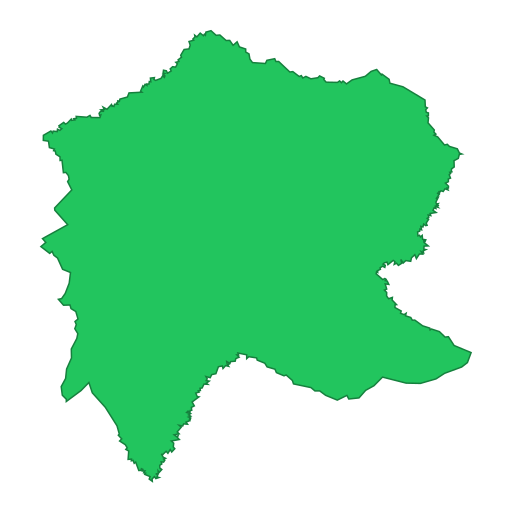 Federal, Entre Ríos, Argentina (Albers equal-area conic projection)
{"feature_id": "61730980B64393727529638", "entity_name": "Federal", "entity_type": "district", "adm_level": 2, "iso_a3": "ARG", "parent_name": "Argentina", "parent_adm1": "Entre Ríos", "projection": "albers", "projection_center": [-58.864, -31.028], "detail": "fine", "context": "isolated", "style": "filled", "palette": "green", "viewbox_px": 512, "rotation_deg": 0, "n_neighbors": 0, "source": "geoboundaries", "source_scale": "gbopen_adm2", "svg_char_len": 5959}
<svg xmlns="http://www.w3.org/2000/svg" viewBox="0 0 512 512"><path d="M461.8,154.0L459.4,153.0L457.3,148.8L449.4,146.4L447.3,144.3L444.5,145.0L437.7,136.9L434.0,135.2L435.9,134.1L433.9,132.1L434.3,130.0L428.0,122.8L428.5,117.8L426.7,116.0L428.4,115.7L428.4,112.9L426.3,112.3L425.7,109.7L427.4,107.9L425.3,106.8L425.0,100.0L403.0,86.8L389.9,83.2L389.1,79.3L382.0,74.1L381.4,75.0L376.7,69.5L371.1,71.4L365.3,76.3L352.1,79.9L346.5,83.9L343.0,81.0L341.4,82.7L339.6,80.9L337.5,82.4L326.2,82.2L323.8,79.5L324.3,78.3L319.6,75.9L317.9,77.7L310.9,78.8L305.9,76.4L302.8,78.0L301.3,75.6L299.2,76.5L292.8,71.6L289.8,72.0L278.7,61.5L275.9,61.5L274.7,58.7L266.9,60.3L265.4,63.5L252.5,62.6L249.9,59.1L249.0,53.9L245.7,52.0L245.7,49.0L239.4,46.9L237.1,41.8L233.1,45.3L229.7,40.4L226.1,40.5L219.9,35.0L216.1,35.3L211.0,30.7L205.9,32.1L205.4,35.2L204.4,34.2L203.4,35.7L200.2,33.1L196.9,36.9L194.7,35.2L195.0,36.9L192.9,39.0L193.7,40.2L189.0,41.5L190.2,45.2L189.0,48.9L184.1,49.5L180.7,55.3L181.5,57.2L178.1,59.8L178.9,61.5L175.8,62.3L177.4,63.8L175.6,67.1L172.6,66.7L170.2,68.9L171.2,71.0L167.5,73.2L166.4,70.8L163.5,70.2L163.1,73.0L164.7,73.5L163.0,74.2L164.9,75.9L164.4,77.4L162.6,75.9L161.0,78.4L155.6,80.4L153.9,79.4L154.4,77.6L150.4,78.1L150.8,81.8L149.3,81.5L148.9,84.1L146.7,84.0L146.9,85.4L145.1,84.3L143.5,87.0L142.8,86.0L140.6,91.1L141.9,92.2L129.0,92.9L127.4,97.0L119.9,99.1L119.4,101.3L117.2,100.6L118.4,101.7L116.7,103.0L117.6,104.2L114.6,104.2L113.9,106.5L112.2,105.6L112.2,107.0L111.5,104.5L107.0,109.3L103.2,107.2L104.3,109.4L101.2,109.8L104.0,111.3L100.6,111.3L99.1,113.3L99.6,115.4L100.8,114.9L100.0,117.6L91.2,117.5L90.0,115.4L86.9,117.2L76.2,116.4L76.5,118.3L73.8,118.7L74.8,119.9L71.6,120.4L71.2,119.1L67.4,123.1L65.4,124.1L63.7,122.4L58.9,125.8L59.7,127.1L58.6,127.0L61.8,128.7L59.9,130.4L57.5,129.2L57.2,131.6L53.2,131.1L52.5,133.0L50.9,131.0L43.4,135.3L43.3,140.4L48.5,141.2L49.4,147.6L54.4,149.0L53.6,150.7L55.3,151.1L55.9,154.2L60.0,156.8L60.1,160.5L62.0,160.2L63.4,172.7L65.9,172.4L68.4,175.6L69.1,179.2L67.6,181.6L71.8,189.9L54.6,208.0L54.8,210.2L67.7,224.7L42.5,238.6L45.8,242.4L40.9,246.6L49.7,253.4L52.1,251.4L53.9,255.3L57.5,258.0L62.6,269.3L70.5,272.5L69.2,283.2L65.2,293.5L61.6,298.6L58.4,299.3L63.5,305.2L70.0,305.0L71.0,308.6L75.8,311.5L78.0,319.0L75.0,321.5L76.3,324.6L74.8,328.7L77.8,333.6L76.8,338.5L71.3,349.0L71.5,358.0L66.6,369.0L65.6,378.5L61.2,386.6L62.3,395.2L66.3,399.2L66.3,401.5L81.0,390.6L88.9,382.5L92.3,392.8L105.3,407.3L117.0,425.8L119.3,434.0L118.3,435.2L121.7,438.9L119.6,441.0L125.3,444.7L127.2,447.8L125.8,449.4L128.7,451.0L128.1,459.4L131.5,459.1L131.3,460.8L133.1,460.4L134.2,463.3L135.7,462.1L138.8,470.5L141.0,470.4L141.4,468.7L142.9,469.4L142.4,471.0L144.9,470.9L143.7,472.8L145.6,473.2L144.8,474.4L150.1,476.6L149.2,479.1L152.3,481.3L152.1,479.0L154.4,476.6L155.8,478.6L159.0,477.5L157.0,476.9L157.8,474.7L155.7,473.8L158.3,473.7L158.1,470.9L159.2,472.4L161.8,469.5L159.8,468.0L159.7,465.3L161.8,464.0L161.2,461.9L163.6,462.1L164.8,460.2L163.6,459.1L165.5,458.3L163.2,457.2L161.4,453.9L162.6,454.7L166.1,451.3L167.9,453.3L170.2,449.6L171.7,452.0L174.8,448.7L173.3,447.0L173.7,443.2L171.3,441.0L179.3,439.5L177.4,437.6L178.0,435.8L176.3,436.5L174.1,434.8L179.1,433.8L177.2,431.9L181.2,427.2L179.1,425.3L182.7,426.0L183.6,423.9L187.5,424.2L186.0,422.1L189.2,420.9L189.6,418.8L190.1,419.9L190.7,418.0L188.5,417.0L190.7,416.2L188.6,414.9L190.5,413.7L186.6,412.5L188.0,411.1L190.0,412.4L190.1,410.5L191.7,410.3L191.4,407.4L194.3,405.9L192.1,402.0L198.9,396.9L197.3,396.7L195.7,393.1L199.1,392.1L198.3,390.8L200.4,390.5L200.0,388.3L202.1,388.0L204.0,384.1L207.7,384.3L206.3,383.2L209.2,381.1L206.2,380.6L207.2,378.8L205.9,376.5L210.2,377.7L211.7,374.6L215.9,373.7L218.4,366.7L222.3,366.0L223.0,368.5L225.6,365.6L228.6,366.3L227.6,364.9L228.9,364.2L227.1,363.9L226.7,361.5L229.8,363.3L230.7,361.6L235.2,361.2L235.8,358.6L239.1,357.2L236.9,354.9L238.6,354.9L237.9,353.0L246.7,354.8L246.7,358.6L248.8,356.7L256.6,357.9L257.2,360.1L264.8,363.2L267.1,366.9L275.0,369.2L276.4,372.6L284.0,375.8L286.2,375.0L292.4,380.5L293.5,383.9L311.0,387.6L314.9,390.9L319.7,390.9L325.6,395.3L337.3,400.1L346.9,395.4L348.8,399.0L359.0,397.9L365.7,390.3L374.0,385.7L382.5,377.1L406.1,383.1L420.4,383.4L436.0,378.9L444.6,373.3L461.7,367.0L467.4,362.6L471.1,352.6L454.1,345.5L448.4,336.7L445.1,337.1L439.4,331.6L431.4,329.0L430.1,329.9L429.8,328.1L422.6,325.8L414.8,320.1L412.3,320.2L410.8,317.5L405.5,315.8L406.1,313.3L404.1,314.6L400.5,313.3L401.2,311.0L394.9,307.5L395.1,304.7L396.5,304.6L392.1,300.0L392.4,297.4L388.6,298.7L386.6,296.0L386.7,292.5L384.4,290.1L386.7,289.1L385.2,283.9L388.8,284.4L387.2,281.0L385.3,280.6L386.2,279.4L384.8,278.5L382.8,279.6L376.1,273.8L376.6,271.6L377.7,272.4L377.7,270.6L380.4,269.3L380.0,267.9L382.5,266.2L384.8,267.4L385.3,265.3L383.0,264.1L384.4,262.8L387.0,262.1L387.9,264.7L393.2,260.4L394.9,261.6L394.2,264.4L396.5,263.2L398.4,265.4L401.7,263.3L400.8,259.4L403.2,263.0L405.8,260.6L410.7,261.3L411.5,257.8L414.8,254.7L416.4,258.6L419.4,254.0L422.7,254.1L421.3,251.7L423.6,252.9L423.2,250.8L425.8,249.6L423.8,249.2L424.1,246.1L428.2,245.9L424.0,242.5L423.8,240.6L425.1,241.4L425.8,239.8L422.6,239.3L422.2,235.4L420.5,237.0L419.5,235.3L417.9,235.8L417.6,231.9L419.7,231.2L419.9,229.1L421.6,229.8L420.9,226.4L422.9,227.0L423.7,224.1L425.6,225.6L427.1,225.3L426.2,223.1L428.6,219.3L427.2,218.3L428.8,217.3L428.2,215.0L430.8,215.6L430.1,213.5L436.1,212.5L433.0,210.3L434.1,207.9L435.9,208.5L435.3,206.5L438.1,207.3L436.8,205.9L438.3,205.5L438.1,205.1L436.7,205.0L438.0,203.7L436.4,203.9L435.9,202.1L438.0,197.8L436.0,198.9L439.3,194.2L437.0,193.2L439.3,193.1L438.8,190.9L439.6,192.4L441.0,190.8L443.2,191.5L445.0,188.8L448.0,189.9L447.0,188.0L448.4,188.0L448.5,186.2L445.4,183.1L448.4,181.7L448.3,179.0L450.5,178.1L449.2,174.7L450.6,173.4L449.8,172.3L452.5,171.8L451.3,171.6L451.6,168.8L454.2,167.0L454.0,160.7L458.3,158.4L459.3,154.4L461.8,154.0Z" fill="#22c55e" stroke="#15803d" stroke-width="1.5"/></svg>